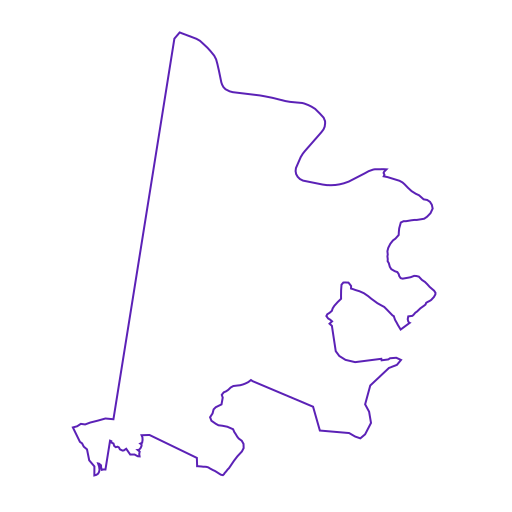 Cherbourg, Queensland, Australia, rotated 91°
{"feature_id": "25037944B27259655099788", "entity_name": "Cherbourg", "entity_type": "district", "adm_level": 2, "iso_a3": "AUS", "parent_name": "Australia", "parent_adm1": "Queensland", "projection": "natural_earth1", "projection_center": [151.944, -26.287], "detail": "fine", "context": "isolated", "style": "outline", "palette": "violet", "viewbox_px": 512, "rotation_deg": 91, "n_neighbors": 0, "source": "geoboundaries", "source_scale": "gbopen_adm2", "svg_char_len": 4099}
<svg xmlns="http://www.w3.org/2000/svg" viewBox="0 0 512 512"><g transform="rotate(91 256 256)"><path d="M467.2,311.2L467.2,310.3L467.3,308.9L467.4,307.1L467.6,305.2L467.6,303.4L467.7,301.9L468.1,300.3L468.5,299.5L469.2,298.4L470.8,295.3L471.6,293.4L472.6,291.7L473.9,289.6L475.3,287.3L475.7,285.3L474.8,284.3L473.5,283.5L472.5,282.6L471.4,281.7L469.9,280.6L468.7,279.4L466.9,278.2L461.2,274.5L456.6,271.1L451.7,266.7L448.3,265.0L444.1,265.2L441.0,267.0L438.8,270.1L437.0,271.6L433.8,273.6L432.6,274.5L429.6,275.9L427.2,281.7L426.3,286.7L425.9,290.6L424.4,293.4L421.5,297.7L418.0,299.1L414.2,296.7L410.1,295.7L407.9,293.6L406.3,290.5L405.0,287.9L398.2,286.8L395.4,287.8L392.9,285.9L391.8,283.5L390.3,281.4L387.9,279.0L386.4,276.4L385.8,272.1L385.5,269.6L384.7,266.9L383.9,264.9L383.2,263.4L382.2,261.5L381.4,260.5L380.1,258.9L381.2,257.2L405.7,196.3L429.4,189.1L431.4,159.8L434.8,153.7L436.5,148.5L432.4,143.8L420.9,138.1L409.7,140.2L402.4,144.3L383.5,139.5L365.6,121.1L362.4,113.2L357.4,109.2L355.3,114.0L355.9,120.2L357.1,121.9L358.1,128.6L356.6,128.9L360.4,155.0L358.3,164.7L354.5,171.0L349.8,174.6L324.5,178.9L322.4,181.3L320.0,178.8L318.4,180.7L317.2,182.8L314.8,184.6L313.0,183.7L311.5,181.4L309.5,179.2L307.0,178.4L304.4,176.8L300.6,173.5L297.3,170.2L293.9,170.3L288.6,170.3L283.2,170.0L281.0,168.2L280.9,166.1L281.0,163.1L282.9,161.5L284.3,160.4L286.9,160.4L287.5,158.2L288.3,155.9L289.4,152.0L291.3,147.5L294.2,143.1L296.7,140.0L299.5,136.0L301.0,133.9L303.0,130.2L304.7,126.9L307.4,124.1L310.5,121.0L313.1,118.4L313.7,117.2L316.5,116.2L317.7,115.7L320.5,114.0L322.2,113.1L327.0,110.1L320.2,101.2L319.9,101.9L318.6,102.7L316.5,103.2L313.7,102.7L313.5,101.2L313.1,98.6L312.0,97.4L309.9,95.7L308.7,94.0L307.0,92.3L305.4,90.7L302.6,86.9L301.6,85.7L299.8,85.0L299.0,83.7L297.9,81.6L296.9,80.1L293.9,77.4L291.3,76.0L289.7,75.9L287.6,77.3L285.8,79.5L283.9,81.8L281.3,84.2L279.0,86.6L277.0,89.7L273.8,92.8L273.2,95.3L273.1,97.5L274.5,101.0L275.0,103.3L276.1,109.0L275.6,111.0L273.6,112.4L271.6,113.0L269.6,114.4L268.8,116.9L266.8,120.5L264.5,122.0L260.8,123.1L258.9,124.3L256.8,124.2L254.0,124.6L252.3,124.3L248.9,124.7L245.5,123.9L241.4,121.9L238.0,119.3L236.2,116.9L232.5,113.7L229.5,113.6L225.8,113.3L220.0,111.8L218.6,109.0L218.6,106.7L218.0,103.5L217.6,101.4L217.2,98.5L217.1,95.7L216.4,91.7L215.8,88.5L213.8,85.7L210.2,82.3L205.5,80.2L201.7,81.1L198.8,83.0L197.0,85.8L196.4,89.4L194.6,91.5L192.4,94.1L191.0,97.3L188.4,101.6L185.2,105.2L181.6,108.8L179.9,110.8L178.3,113.8L174.8,125.9L174.1,129.7L172.6,129.0L170.7,129.9L169.4,129.3L167.1,127.1L167.0,129.4L167.0,129.6L167.2,138.6L167.4,139.7L167.6,140.5L169.2,144.8L171.5,148.8L180.0,164.6L181.8,169.5L182.9,173.7L183.6,177.8L183.9,182.1L183.9,186.3L183.4,190.6L179.8,210.3L178.3,213.4L176.1,215.7L173.4,217.3L170.4,217.9L167.4,217.6L156.3,213.0L152.9,211.0L150.4,209.1L131.1,192.8L129.2,191.4L128.2,190.7L125.5,189.6L122.1,189.2L120.0,189.3L116.5,190.8L114.6,192.6L112.4,194.7L110.5,196.7L107.9,199.4L105.7,203.1L104.2,206.3L102.7,210.4L102.2,212.5L101.8,218.1L101.3,224.6L100.6,229.2L97.5,242.6L96.2,249.9L95.4,254.8L92.6,282.1L91.8,285.3L89.8,289.4L87.7,291.5L85.2,292.9L83.0,293.7L71.4,296.3L67.0,297.4L64.9,297.9L60.1,299.3L56.4,301.3L51.8,305.2L48.6,308.2L45.7,311.4L41.8,315.8L39.9,319.3L38.3,323.7L34.7,333.8L33.8,336.2L39.5,340.9L40.1,341.4L104.2,350.5L327.8,382.3L421.7,395.7L421.1,403.7L423.4,411.4L425.4,418.8L427.4,423.9L426.9,428.2L429.4,431.9L430.6,436.1L444.9,428.8L446.4,426.6L449.6,424.9L452.3,421.6L463.2,419.2L469.2,413.9L478.2,413.8L477.6,411.8L476.4,410.1L474.7,409.2L472.6,408.7L469.2,409.2L466.2,410.3L466.5,409.0L467.3,408.3L468.0,407.3L470.0,407.2L472.5,406.4L472.1,404.8L472.1,402.8L443.2,398.7L443.7,397.4L445.0,397.4L446.0,395.2L448.3,394.5L449.6,392.9L449.1,391.1L449.8,389.7L451.7,388.7L452.9,386.0L452.7,384.8L451.0,382.4L456.7,378.3L456.6,374.0L458.3,370.7L458.4,368.9L456.0,369.3L453.6,368.9L452.0,370.9L451.8,369.5L449.8,367.9L447.7,367.1L446.4,367.2L445.6,368.4L444.7,366.6L441.9,366.2L439.2,366.4L437.2,367.3L436.8,359.4L458.9,311.6L467.2,311.2Z" fill="none" stroke="#5b21b6" stroke-width="2"/></g></svg>